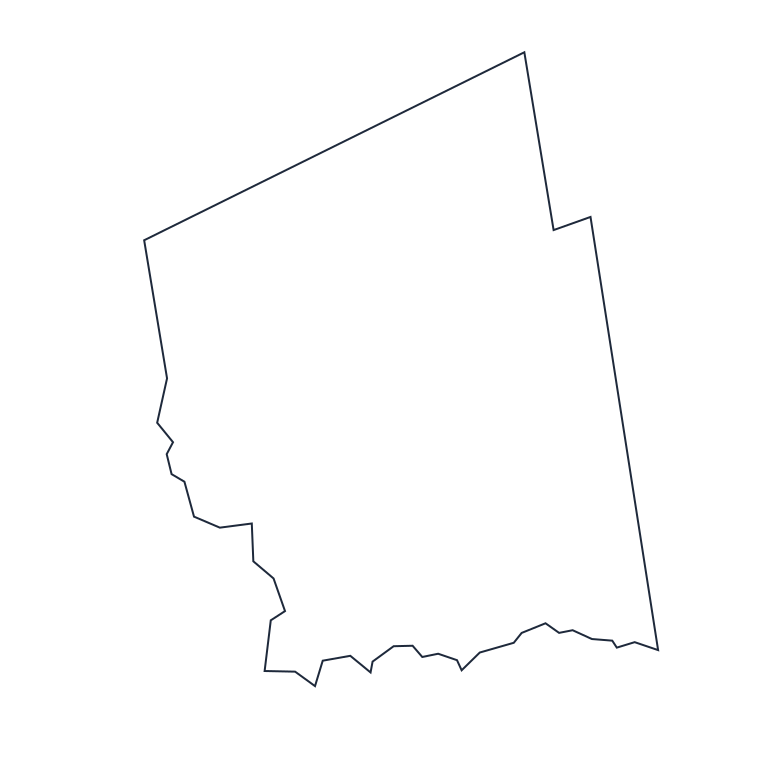 outline of Hardin, Texas, United States of America, rotated 81°
{"feature_id": "52423323B96895412793722", "entity_name": "Hardin", "entity_type": "district", "adm_level": 2, "iso_a3": "USA", "parent_name": "United States of America", "parent_adm1": "Texas", "projection": "mercator", "projection_center": [-94.219, 30.312], "detail": "fine", "context": "isolated", "style": "outline", "palette": "slate", "viewbox_px": 768, "rotation_deg": 81, "n_neighbors": 0, "source": "geoboundaries", "source_scale": "gbopen_adm2", "svg_char_len": 668}
<svg xmlns="http://www.w3.org/2000/svg" viewBox="0 0 768 768"><g transform="rotate(81 384 384)"><path d="M344.5,597.4L386.8,614.1L408.5,601.5L419.3,609.6L439.8,607.9L449.3,596.4L485.3,592.4L500.2,568.6L501.1,536.4L538.7,540.8L558.8,523.5L592.8,517.3L599.7,532.8L648.8,546.8L654.2,516.8L671.6,499.4L647.7,487.8L647.2,459.8L666.8,442.4L656.4,438.7L644.5,415.5L647.0,396.7L659.6,388.9L658.9,372.7L668.2,355.1L678.9,352.1L664.2,331.4L659.9,296.3L651.4,287.0L645.6,261.9L657.2,250.0L656.7,236.2L668.4,218.6L673.2,198.7L680.8,195.3L678.2,176.8L689.7,154.9L251.3,153.9L258.5,192.4L78.3,193.5L204.5,598.4L344.5,597.4Z" fill="none" stroke="#1e293b" stroke-width="2"/></g></svg>